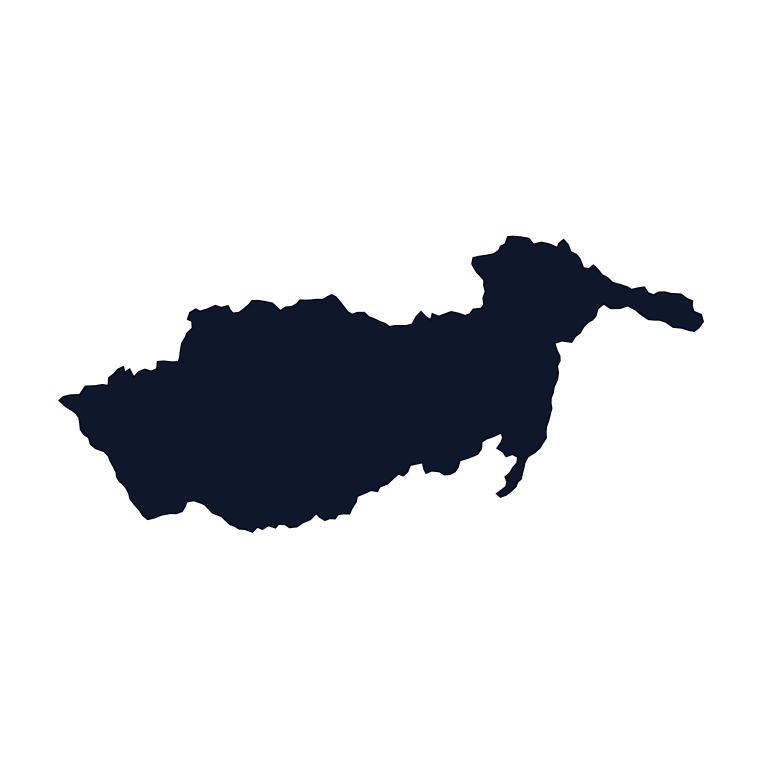 outline of São Pedro dos Ferros, Minas Gerais, Brazil, rotated 263°
{"feature_id": "56859067B15771280139619", "entity_name": "São Pedro dos Ferros", "entity_type": "district", "adm_level": 2, "iso_a3": "BRA", "parent_name": "Brazil", "parent_adm1": "Minas Gerais", "projection": "robinson", "projection_center": [-42.566, -20.074], "detail": "fine", "context": "isolated", "style": "filled", "palette": "ink", "viewbox_px": 768, "rotation_deg": 263, "n_neighbors": 0, "source": "geoboundaries", "source_scale": "gbopen_adm2", "svg_char_len": 3862}
<svg xmlns="http://www.w3.org/2000/svg" viewBox="0 0 768 768"><g transform="rotate(263 384 384)"><path d="M488.9,590.7L492.5,585.5L499.7,583.7L505.4,579.9L502.3,574.8L498.1,572.7L500.6,568.8L503.0,564.5L505.4,557.4L504.4,549.4L510.8,545.5L513.1,537.7L514.7,530.3L515.0,524.8L508.1,521.3L506.5,516.7L502.5,514.1L499.7,508.8L499.1,501.0L499.0,494.1L498.4,487.9L492.5,485.9L487.6,487.8L483.3,489.8L479.4,492.9L474.9,496.0L469.7,495.1L463.5,495.9L457.3,492.9L450.5,492.9L447.1,489.3L447.3,481.7L443.2,477.9L441.9,472.9L444.7,467.3L447.5,459.5L445.7,451.9L444.4,446.5L447.8,440.5L441.9,438.4L445.6,433.8L451.3,429.5L447.1,424.4L440.0,419.3L439.0,413.0L440.0,406.4L440.5,401.4L440.2,396.3L443.8,392.5L446.2,387.7L449.8,382.1L452.6,376.9L457.3,373.1L458.1,366.1L456.9,360.7L460.2,356.6L466.7,352.8L471.9,349.7L476.1,346.9L478.9,342.9L477.3,338.3L475.2,334.0L476.1,326.7L476.1,321.0L476.6,316.1L477.5,310.7L474.3,307.5L471.9,301.8L472.2,295.6L469.3,289.9L473.1,287.2L477.8,282.9L480.1,276.1L482.1,269.4L482.7,263.2L479.1,259.4L475.4,253.8L472.6,248.9L472.6,242.7L476.4,240.2L480.6,238.7L479.7,231.8L482.4,226.2L480.1,218.9L478.5,210.3L481.3,206.3L478.5,200.0L472.2,197.0L469.8,201.1L462.8,200.6L458.6,194.9L454.0,192.2L449.2,188.4L442.6,186.3L436.0,184.7L431.1,182.8L431.6,176.0L433.5,168.0L433.7,162.0L426.6,160.3L425.0,154.2L427.7,148.5L426.0,142.0L421.3,136.6L425.6,134.9L429.8,133.4L427.1,128.0L432.9,127.4L430.8,121.3L426.9,117.2L423.8,111.7L416.0,110.1L417.6,104.4L417.3,97.4L418.1,87.2L410.5,80.7L411.2,71.0L410.3,63.9L407.2,59.6L400.2,65.6L396.2,70.8L392.2,74.8L387.8,77.2L381.0,77.4L375.9,77.2L370.5,79.9L366.7,84.4L359.9,85.3L355.2,89.9L351.1,98.0L346.0,101.8L341.1,102.9L335.1,105.3L329.0,107.5L324.5,107.4L320.3,109.1L316.8,112.2L312.2,115.3L306.5,117.4L300.9,118.0L295.3,121.3L288.4,126.0L282.8,128.7L278.4,133.0L279.3,140.6L281.1,147.0L281.7,156.0L280.8,162.3L282.3,168.2L286.3,171.3L291.1,173.9L291.6,180.6L288.9,186.6L286.2,191.3L281.7,194.6L276.8,198.2L272.6,206.5L267.2,210.8L263.4,214.1L260.9,218.9L257.8,222.7L256.9,228.0L253.1,235.4L257.5,240.8L254.7,245.6L257.6,251.9L254.5,258.7L257.8,262.4L256.6,268.9L253.1,272.6L253.0,280.4L256.1,286.1L258.5,294.3L263.9,301.1L259.9,303.7L255.9,308.8L257.2,313.7L256.3,319.0L260.2,322.6L260.2,328.5L259.3,333.9L263.9,336.6L270.5,342.0L275.8,343.7L277.5,350.1L280.1,358.2L278.2,364.4L282.4,367.1L284.5,375.3L289.4,382.1L293.1,387.4L290.6,392.0L294.1,396.8L300.2,400.0L301.3,412.8L294.8,413.3L290.4,414.9L292.0,420.7L290.4,428.2L286.6,432.8L286.4,438.4L288.2,443.6L292.3,447.3L298.8,450.0L300.2,457.9L301.4,463.0L303.1,468.4L307.7,472.7L314.5,474.0L317.0,478.6L318.2,484.6L321.1,494.3L316.4,495.5L311.5,492.9L306.5,488.4L302.3,493.6L297.1,496.4L298.6,502.9L295.1,507.9L289.4,506.4L285.2,501.7L280.4,498.1L277.0,492.9L271.9,494.3L267.2,492.4L264.6,488.1L261.3,482.4L257.6,485.7L259.0,491.9L262.6,497.8L266.2,502.4L270.4,504.6L273.1,508.6L278.4,510.3L283.4,512.4L288.8,514.1L294.4,518.1L297.4,525.0L301.4,530.7L306.8,535.1L310.7,538.4L317.3,538.9L321.8,540.0L327.8,542.9L333.9,545.3L339.6,547.5L344.5,547.2L349.9,548.1L354.5,550.7L360.4,552.4L367.4,556.7L374.2,558.4L380.6,558.1L385.8,561.5L390.4,561.8L395.7,559.9L403.7,558.3L405.2,565.8L402.7,575.3L408.2,580.1L410.9,585.0L416.0,588.6L420.1,593.6L422.2,598.6L425.7,602.5L432.6,605.3L436.8,611.8L431.4,618.2L430.4,627.5L432.0,635.5L427.4,642.2L422.7,646.6L419.2,650.4L415.9,654.4L414.7,660.1L414.0,665.2L411.2,671.3L405.2,677.9L403.3,686.5L400.2,693.2L398.6,698.4L401.4,703.2L407.0,708.4L414.2,707.3L418.2,700.3L424.1,699.2L428.8,700.3L431.8,695.1L436.9,689.8L438.7,679.8L440.9,674.2L441.6,667.9L439.5,662.3L442.1,657.4L448.4,654.2L448.2,647.0L447.5,641.2L450.5,637.5L453.5,631.2L456.9,623.1L462.3,618.7L465.8,613.7L471.3,610.4L476.4,606.3L473.4,601.5L474.9,596.0L480.0,594.8L485.0,593.4L488.9,590.7Z" fill="#0f172a" stroke="#020617" stroke-width="1.5"/></g></svg>